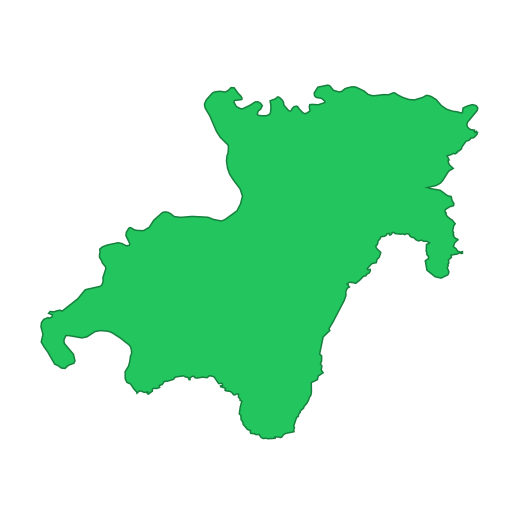 Khoelenya, Mohale's Hoek, Lesotho, rotated 97°
{"feature_id": "5366337B9644670448784", "entity_name": "Khoelenya", "entity_type": "district", "adm_level": 2, "iso_a3": "LSO", "parent_name": "Lesotho", "parent_adm1": "Mohale's Hoek", "projection": "equal_earth", "projection_center": [27.429, -30.302], "detail": "fine", "context": "isolated", "style": "filled", "palette": "green", "viewbox_px": 512, "rotation_deg": 97, "n_neighbors": 0, "source": "geoboundaries", "source_scale": "gbopen_adm2", "svg_char_len": 5974}
<svg xmlns="http://www.w3.org/2000/svg" viewBox="0 0 512 512"><g transform="rotate(97 256 256)"><path d="M372.5,454.9L376.3,451.3L387.9,442.6L388.8,439.4L390.9,435.7L390.9,431.9L387.2,428.7L384.7,423.7L382.1,422.9L375.8,425.2L366.0,435.7L362.7,436.4L358.3,435.1L357.8,432.2L358.5,418.8L356.9,414.0L350.6,406.5L349.0,401.4L348.7,394.6L349.1,391.4L350.1,388.6L354.1,380.4L359.7,371.2L361.3,369.5L364.5,368.2L367.9,367.6L370.9,368.4L375.9,368.4L380.8,369.1L386.8,371.8L394.0,370.8L397.2,368.7L398.3,364.9L402.8,361.1L405.4,358.0L406.7,357.4L404.4,355.6L404.0,353.9L405.0,350.3L404.2,346.9L405.7,347.2L406.3,346.1L402.7,342.3L401.3,342.7L399.9,341.9L399.6,338.3L398.2,335.6L396.3,336.2L395.0,333.4L391.6,331.7L391.2,329.0L388.5,322.9L386.2,321.6L385.4,319.3L383.8,313.3L384.7,311.1L384.7,309.2L385.2,308.3L386.8,307.5L386.8,306.4L384.8,306.6L383.1,304.3L383.1,303.0L384.4,301.4L384.2,299.2L382.7,294.0L382.8,289.8L380.5,287.6L380.7,284.5L381.2,282.8L387.2,277.5L386.4,274.3L387.7,273.5L388.8,273.5L389.2,275.4L390.1,275.2L390.7,271.0L391.7,269.9L392.9,270.5L393.5,269.5L393.5,265.5L394.2,263.6L396.5,261.3L396.5,260.2L395.2,258.3L395.2,256.6L398.2,256.2L399.9,254.3L401.1,254.3L401.8,252.4L407.5,253.2L414.8,253.4L416.0,251.6L420.2,250.9L422.5,248.8L424.7,248.2L429.2,243.3L429.9,240.2L431.6,240.2L432.7,239.5L432.6,235.9L433.3,234.4L432.9,231.1L435.5,228.8L436.3,226.6L435.7,224.1L435.9,221.6L434.6,214.8L433.3,215.2L432.9,211.5L433.2,209.5L432.3,208.1L430.1,207.0L428.5,204.9L425.8,196.9L423.6,197.3L421.6,196.9L420.2,197.9L411.2,196.0L410.0,194.4L407.5,194.4L406.0,193.1L404.4,193.1L401.0,190.1L399.7,190.1L395.8,187.5L392.1,186.1L390.1,185.9L387.6,184.6L384.3,184.4L374.9,185.7L371.3,180.0L367.5,179.6L363.7,175.1L361.1,177.4L357.1,177.2L355.4,178.9L352.1,178.1L347.1,178.7L345.5,180.9L328.2,179.5L321.0,173.7L319.1,174.7L313.0,171.9L289.6,163.1L284.4,161.9L280.5,162.5L278.5,162.1L276.7,161.3L275.4,159.5L274.3,160.7L273.3,160.9L272.7,162.3L270.7,160.1L270.6,156.7L271.0,153.7L267.6,150.3L262.9,146.7L262.3,144.5L260.7,143.9L258.9,141.5L256.6,140.7L255.3,141.1L256.0,143.3L255.1,144.1L249.5,140.1L247.9,135.7L244.9,135.6L242.2,133.5L237.2,132.6L234.3,136.6L233.0,137.8L231.1,138.2L229.9,136.9L226.0,136.6L224.1,135.1L222.1,134.6L221.2,132.9L220.9,131.1L219.5,129.2L218.0,128.6L217.3,126.6L218.9,126.0L218.5,124.8L217.1,123.8L216.1,123.8L215.8,122.0L216.8,120.6L216.7,114.8L216.1,112.8L216.7,111.2L215.5,109.0L215.5,107.0L217.3,105.8L218.5,103.6L218.5,101.6L220.4,99.2L221.2,96.6L220.1,93.4L221.0,91.4L220.6,88.4L221.8,85.4L222.7,86.2L223.7,88.2L230.8,87.6L232.1,86.6L233.3,86.8L234.5,86.0L235.3,84.8L237.4,84.4L240.1,87.4L249.3,84.6L254.8,75.6L255.4,69.6L251.4,63.4L250.0,62.8L248.2,62.6L244.3,64.8L242.2,64.0L240.9,64.6L239.7,63.8L236.2,64.4L233.5,61.8L231.4,62.6L229.4,56.2L228.0,54.3L228.5,52.4L228.1,51.4L226.5,51.6L227.2,53.5L226.6,56.5L224.4,58.3L222.6,61.3L218.4,60.3L215.3,57.5L214.6,58.2L214.4,59.6L213.5,61.0L212.7,62.0L211.7,62.2L211.6,62.8L210.7,62.5L209.5,63.1L208.6,62.7L207.1,63.9L201.8,63.4L199.7,62.2L196.2,65.9L195.8,67.3L193.4,71.0L191.1,72.9L190.2,72.4L189.2,73.6L187.4,73.9L186.6,73.4L183.4,69.5L182.2,66.4L181.5,65.9L180.5,66.3L179.9,65.9L177.0,68.2L173.5,69.4L173.1,69.7L173.0,72.4L172.4,74.0L168.3,81.2L167.8,91.1L167.2,94.5L164.1,85.8L161.3,82.0L158.6,80.0L148.3,75.1L145.0,70.9L142.0,75.1L139.6,76.5L137.6,76.9L137.1,76.0L133.2,78.6L131.8,75.1L130.1,72.6L130.4,70.9L129.0,69.1L128.6,69.3L128.1,68.5L127.1,68.2L126.9,67.2L124.7,65.2L122.5,64.8L117.3,62.0L116.1,60.9L115.3,58.8L114.1,57.7L112.8,57.2L112.4,55.1L111.6,53.9L108.2,51.4L106.4,51.2L106.3,51.8L105.8,52.1L106.5,53.3L105.6,53.0L106.0,54.1L105.2,54.9L104.4,54.6L104.4,57.9L103.8,59.9L102.1,61.8L100.3,62.7L97.5,62.4L84.7,54.2L82.1,53.9L80.3,55.3L79.6,57.3L79.4,59.9L81.5,64.7L83.9,68.5L88.3,68.6L89.1,69.4L88.4,73.5L88.3,78.8L87.0,84.9L84.1,90.4L78.9,96.1L76.4,101.3L75.7,104.6L75.9,106.7L78.2,109.7L81.7,117.6L82.0,121.7L81.9,124.1L80.7,129.8L78.6,135.5L77.4,137.6L77.2,139.5L79.8,144.1L80.3,149.3L82.4,157.6L82.7,160.1L82.0,164.3L79.1,168.8L76.3,177.0L76.1,179.2L76.5,181.8L78.2,186.3L79.3,188.3L82.3,191.1L83.0,193.7L82.1,199.4L78.4,203.1L77.8,204.4L77.7,205.8L80.9,215.2L87.1,218.1L89.4,217.6L90.8,216.4L91.4,214.6L91.4,210.8L91.8,209.8L93.8,206.7L95.3,206.4L98.4,212.9L98.6,218.3L99.2,221.1L101.5,221.3L105.5,220.1L108.1,223.2L108.8,225.0L108.1,226.9L105.2,230.6L102.7,232.8L102.3,234.0L103.2,236.5L105.0,237.9L107.7,239.1L108.1,239.9L107.9,241.1L102.9,246.7L100.0,247.5L98.1,248.9L95.9,251.8L95.4,253.4L95.7,254.3L97.5,255.6L100.2,260.9L105.9,259.3L111.3,259.1L113.6,259.6L115.5,262.8L116.1,267.0L116.1,270.8L115.1,272.1L112.0,271.5L109.6,269.3L106.0,268.0L103.8,270.2L102.7,272.7L103.1,275.5L107.2,280.4L111.6,287.4L111.6,289.4L110.1,293.7L106.1,296.6L104.8,296.6L104.1,295.8L102.7,289.9L102.2,289.1L101.1,289.1L99.1,290.5L96.7,293.6L91.7,298.2L91.9,301.3L94.5,303.2L97.0,306.3L96.9,312.1L97.9,316.1L98.9,318.3L100.3,319.7L107.0,324.3L111.1,325.6L112.8,325.4L115.5,324.4L122.3,319.1L137.0,310.5L142.5,306.0L149.3,297.2L151.5,296.6L157.2,296.3L160.0,297.0L165.1,296.9L172.5,294.9L178.2,292.0L183.2,287.8L191.3,280.0L198.2,276.7L206.1,277.7L213.5,280.4L223.5,291.1L225.2,294.0L225.4,295.8L224.9,302.6L223.5,308.0L223.5,310.1L224.5,324.2L226.8,335.3L226.9,341.8L224.4,345.9L223.4,348.6L223.3,351.6L224.1,354.0L232.9,361.8L240.4,365.4L244.2,370.2L244.7,371.7L245.1,377.8L244.8,380.1L243.2,383.6L243.2,384.8L244.1,385.7L248.3,387.6L251.6,387.6L258.8,383.0L259.7,382.7L260.9,383.1L261.7,386.1L260.0,390.5L259.6,394.3L263.3,405.2L265.7,409.6L268.3,412.0L271.1,411.2L273.4,411.5L276.3,411.2L279.6,408.6L281.6,407.7L285.1,404.0L286.8,403.5L296.0,405.3L300.3,404.6L303.7,405.6L304.7,406.4L305.6,408.3L309.8,420.2L310.7,421.7L320.1,427.6L334.3,441.7L333.7,443.8L334.3,446.0L336.1,450.0L336.1,453.5L338.2,454.9L339.1,451.1L341.2,450.9L343.0,453.7L342.5,454.9L344.8,459.0L348.3,460.8L352.5,460.8L359.7,457.9L367.5,458.7L372.5,454.9Z" fill="#22c55e" stroke="#15803d" stroke-width="1.5"/></g></svg>